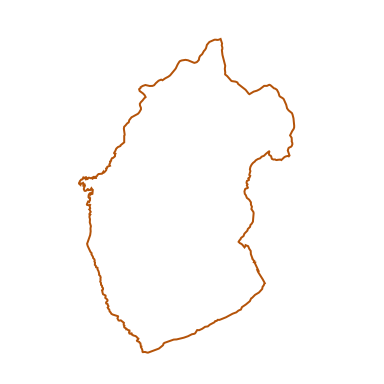 the district of El Castillo, Meta, Colombia, rotated 67°
{"feature_id": "7082276B77029977474757", "entity_name": "El Castillo", "entity_type": "district", "adm_level": 2, "iso_a3": "COL", "parent_name": "Colombia", "parent_adm1": "Meta", "projection": "robinson", "projection_center": [-73.882, 3.627], "detail": "fine", "context": "isolated", "style": "outline", "palette": "amber", "viewbox_px": 384, "rotation_deg": 67, "n_neighbors": 0, "source": "geoboundaries", "source_scale": "gbopen_adm2", "svg_char_len": 6052}
<svg xmlns="http://www.w3.org/2000/svg" viewBox="0 0 384 384"><g transform="rotate(67 192 192)"><path d="M62.3,105.9L62.3,107.9L61.8,109.6L61.2,110.3L60.6,111.9L60.7,117.4L62.4,120.8L65.1,122.9L66.2,124.4L66.9,126.0L69.1,128.8L69.9,131.3L71.0,132.7L73.1,134.1L74.2,136.4L74.3,137.3L74.1,139.2L73.6,139.9L69.2,144.2L67.8,146.4L66.9,150.0L66.8,151.8L67.1,152.7L69.0,155.4L71.9,158.6L72.7,160.0L76.1,166.6L76.6,168.7L76.9,172.2L77.6,175.5L76.5,176.5L76.5,179.3L77.7,182.8L78.9,185.1L78.9,186.9L77.9,189.5L75.3,193.1L75.1,196.0L75.5,198.4L76.2,198.8L76.7,200.5L78.6,200.7L82.1,198.6L84.2,197.8L86.5,197.6L87.1,199.4L88.4,201.7L89.4,204.1L90.5,205.6L92.1,206.1L94.5,206.1L96.0,206.7L98.1,209.5L98.9,211.2L99.6,218.5L101.3,221.6L103.2,223.1L103.5,224.8L104.8,227.3L105.4,228.9L107.1,230.0L112.7,231.5L113.3,231.8L113.7,232.4L119.8,235.0L121.1,239.5L121.7,240.0L121.7,242.7L122.5,244.8L124.2,246.5L125.6,248.4L125.9,248.5L126.8,247.5L127.8,248.5L128.7,248.7L129.1,249.1L129.8,251.5L129.6,252.3L130.5,253.6L131.7,254.3L131.9,255.5L132.9,255.7L134.3,257.3L135.8,257.2L135.7,260.1L136.8,261.0L136.8,261.9L137.8,262.0L138.3,262.4L139.2,264.1L139.8,265.9L139.7,266.3L139.0,266.1L140.0,267.7L139.0,270.8L139.2,271.9L140.4,273.7L140.3,274.8L141.5,275.0L141.2,275.7L140.2,275.7L140.2,276.4L140.8,276.8L140.6,277.5L140.9,278.3L140.7,278.4L139.8,277.7L139.9,279.6L138.5,281.3L138.6,282.2L139.2,282.9L139.2,283.3L138.6,283.8L138.9,284.7L138.2,284.9L137.9,284.7L137.9,283.7L137.6,283.5L137.0,283.7L136.8,284.7L137.1,286.0L137.1,286.3L136.3,286.5L137.3,287.7L137.5,288.2L137.3,289.1L138.3,291.1L139.1,291.7L139.6,292.5L140.2,292.7L141.9,291.9L140.8,290.9L141.3,289.5L141.0,288.7L141.4,288.6L141.9,289.2L142.8,288.2L143.3,288.9L143.4,288.0L144.5,288.1L144.9,289.2L145.6,289.3L146.2,290.0L147.3,290.5L148.9,290.4L149.3,289.8L149.4,288.9L148.6,286.9L148.8,286.6L149.8,286.6L150.1,285.4L150.0,284.2L149.2,283.1L150.2,282.9L150.7,283.5L150.9,282.7L151.3,282.5L154.8,284.4L154.8,284.8L153.5,285.0L153.7,286.0L154.6,286.4L154.8,286.8L154.3,287.1L153.5,286.9L153.8,287.6L154.6,288.4L156.1,289.2L156.5,288.8L156.6,289.2L157.6,289.0L158.0,288.3L160.0,289.3L160.2,290.1L160.9,290.5L160.2,291.4L162.3,293.6L162.9,293.6L163.9,292.1L163.8,291.0L164.1,290.8L164.8,291.7L167.2,292.1L167.8,293.2L168.1,292.9L168.9,293.2L170.7,293.0L172.1,295.0L172.8,295.2L173.2,294.6L174.0,295.6L174.9,296.2L177.1,296.5L180.1,298.0L183.9,298.4L185.9,299.7L188.7,300.7L191.9,302.6L198.7,308.8L200.9,309.1L207.4,308.9L209.1,308.3L210.1,308.9L212.9,308.5L214.2,308.8L215.7,308.2L216.9,308.3L217.9,309.0L218.9,308.8L221.1,309.9L222.3,309.4L223.8,309.7L224.8,308.6L226.4,309.2L228.4,309.0L231.0,309.4L231.9,309.9L233.7,309.3L235.1,309.5L236.1,310.2L237.5,310.6L238.6,311.5L240.1,311.3L241.9,312.0L243.1,311.5L244.6,311.9L245.6,311.5L246.4,311.7L247.1,312.2L247.2,313.1L247.6,313.4L248.3,313.3L249.8,313.7L251.4,313.8L253.4,312.1L254.0,312.1L255.5,313.2L257.7,312.1L258.6,312.0L259.3,312.5L259.8,313.8L260.4,314.4L261.1,314.5L262.2,313.5L263.6,313.7L264.4,313.5L264.8,313.7L265.4,314.8L266.9,314.6L267.8,314.1L269.8,314.5L270.9,314.0L272.6,313.8L273.8,312.9L277.4,308.7L277.8,308.7L279.2,310.0L281.5,309.8L282.1,309.0L282.3,307.7L285.6,305.9L285.9,305.8L286.6,306.4L287.7,306.8L288.6,306.4L289.4,307.1L290.2,307.2L291.9,306.0L292.7,306.2L293.1,305.3L294.1,304.8L295.0,303.7L295.8,303.9L296.5,304.8L297.8,304.9L298.3,304.4L298.3,303.2L298.6,302.8L299.7,303.1L300.4,302.4L301.0,302.2L302.6,300.2L303.7,299.6L305.4,299.1L306.0,298.6L306.4,298.9L307.2,300.7L307.9,300.7L309.4,299.1L310.1,299.2L311.1,298.6L314.0,299.4L314.4,299.0L315.0,299.6L316.6,299.4L318.4,299.5L319.7,300.0L320.2,299.8L320.9,297.7L322.3,296.0L322.7,295.1L323.2,283.7L321.9,279.1L321.5,278.3L320.4,277.4L320.1,276.3L320.7,266.5L321.7,263.7L322.9,256.5L323.2,252.0L322.9,247.7L323.4,245.4L323.3,244.3L321.1,241.2L322.0,239.4L321.9,236.0L321.2,232.6L321.9,229.9L321.1,227.5L320.7,222.6L320.4,221.7L319.9,221.1L320.3,219.7L319.7,218.3L320.4,216.9L320.5,215.7L320.6,209.7L319.9,202.1L320.1,198.2L319.3,195.6L319.3,192.9L317.5,191.0L316.6,186.4L315.1,181.4L313.1,179.2L312.9,178.0L311.3,174.1L310.7,169.7L308.7,165.3L306.8,164.0L306.0,162.5L304.6,161.2L304.5,160.6L300.2,161.0L291.5,162.4L289.7,162.4L290.2,161.6L282.1,161.9L281.6,161.4L280.8,162.5L279.9,161.6L278.9,162.1L277.4,162.3L277.0,162.6L276.4,162.3L272.2,162.1L269.2,161.0L266.6,161.5L263.8,161.5L261.9,163.4L262.6,163.8L263.5,165.3L260.0,166.3L258.8,167.0L257.8,167.9L256.1,168.6L255.0,167.1L254.5,165.8L253.8,165.3L253.3,164.4L252.7,161.8L250.8,160.0L249.2,156.1L247.9,155.1L246.8,152.2L245.2,151.1L244.5,149.4L243.1,147.5L242.5,147.2L235.5,143.5L234.3,143.3L230.9,144.0L229.0,142.6L226.7,142.7L224.5,141.8L221.3,142.4L218.8,143.8L216.0,143.7L214.3,144.1L212.0,143.5L210.1,142.0L209.9,141.2L210.1,139.5L209.9,138.9L207.3,138.9L206.6,137.9L205.4,138.3L204.4,138.0L203.3,137.1L203.2,135.0L202.9,134.8L201.5,134.9L201.2,134.4L201.3,133.6L199.9,132.1L199.0,132.6L198.5,132.5L195.6,130.1L193.8,129.9L191.7,128.4L190.0,126.3L189.0,124.3L188.5,122.3L187.8,121.1L187.4,118.6L187.6,116.1L186.7,114.1L186.8,111.6L185.7,108.9L184.7,105.5L184.8,105.1L185.2,105.1L186.3,106.1L187.6,106.4L188.2,106.4L189.4,105.4L190.1,105.2L192.1,105.5L192.9,105.4L193.9,104.4L194.5,102.8L195.4,102.1L195.8,101.3L195.9,100.1L196.3,99.5L196.5,98.2L197.5,97.3L196.0,93.3L195.9,91.9L196.1,90.5L196.3,89.6L197.0,89.0L196.5,88.0L191.2,87.6L189.4,86.1L189.1,85.4L189.0,83.0L188.5,82.1L187.2,80.9L186.0,80.5L184.1,80.4L183.6,80.0L181.0,79.1L178.2,79.6L175.2,76.1L173.6,73.7L172.4,72.7L170.8,72.0L163.8,69.8L160.0,69.2L158.4,69.2L154.6,71.2L152.2,71.8L148.5,71.2L142.3,71.3L141.0,71.9L138.7,73.6L137.6,74.0L134.5,73.6L131.1,73.9L129.4,75.0L128.6,76.0L124.3,78.1L123.5,79.0L123.6,81.6L122.5,84.1L123.9,89.5L124.1,92.7L123.7,96.0L124.4,100.9L123.7,101.4L118.9,102.7L110.6,107.3L108.9,107.4L107.5,108.7L105.6,111.8L105.0,112.4L99.1,114.3L96.9,115.5L96.4,115.5L95.0,114.7L91.5,113.7L88.8,112.1L77.7,110.4L72.9,109.0L72.4,108.3L70.9,107.6L68.5,107.3L67.1,106.3L62.3,105.9Z" fill="none" stroke="#b45309" stroke-width="2"/></g></svg>